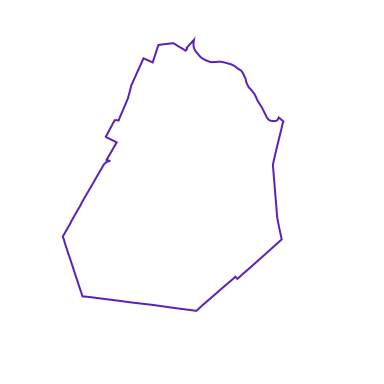 the district of Periam, Timis, Romania, rotated 24°
{"feature_id": "2599482B63950750232627", "entity_name": "Periam", "entity_type": "district", "adm_level": 2, "iso_a3": "ROU", "parent_name": "Romania", "parent_adm1": "Timis", "projection": "albers", "projection_center": [20.876, 46.04], "detail": "fine", "context": "isolated", "style": "outline", "palette": "violet", "viewbox_px": 384, "rotation_deg": 24, "n_neighbors": 0, "source": "geoboundaries", "source_scale": "gbopen_adm2", "svg_char_len": 2625}
<svg xmlns="http://www.w3.org/2000/svg" viewBox="0 0 384 384"><g transform="rotate(24 192 192)"><path d="M134.4,331.9L139.9,330.0L153.6,325.9L166.5,322.0L181.4,317.6L195.2,313.3L200.8,311.5L210.6,308.7L225.1,304.5L238.6,300.5L244.3,298.8L247.6,291.3L252.3,281.3L256.9,271.4L260.7,263.3L265.1,254.1L266.1,251.8L268.8,252.9L271.9,246.0L275.5,238.2L278.7,231.2L283.0,221.7L287.4,211.9L291.4,202.9L293.2,198.8L286.2,189.2L279.9,180.2L275.3,171.6L269.3,160.7L263.9,150.8L260.8,145.2L256.8,137.8L254.8,134.2L252.1,120.6L249.9,108.5L248.1,98.5L247.6,95.9L247.5,95.5L247.2,94.1L246.7,90.3L241.7,88.9L240.9,88.7L240.9,90.7L240.8,91.3L240.5,92.0L240.1,92.6L239.7,92.9L238.7,93.6L236.9,94.3L235.8,94.7L234.9,94.9L233.7,94.9L232.8,94.8L231.9,94.4L230.8,93.8L229.5,93.0L227.8,91.6L225.4,89.6L221.6,86.4L221.0,86.0L218.6,84.5L216.6,83.1L214.8,81.9L213.9,81.3L212.5,79.8L211.4,78.9L209.6,77.4L208.8,76.9L207.5,76.2L206.1,75.5L205.0,74.9L203.2,74.0L201.9,73.6L201.2,73.2L200.5,72.7L199.4,71.8L198.0,70.7L197.4,70.0L196.3,68.8L195.9,68.2L195.1,67.0L194.3,66.2L193.6,65.6L192.6,64.9L191.9,64.2L190.3,62.8L187.6,61.1L182.9,60.5L180.0,59.7L176.2,59.4L174.9,59.6L169.9,60.3L166.5,61.0L164.5,61.5L161.9,63.0L159.9,64.0L157.9,65.0L156.7,65.6L155.7,65.8L154.7,65.8L154.0,65.9L153.5,65.9L151.6,66.1L150.6,66.0L147.4,65.8L146.0,65.5L145.2,65.3L143.9,64.8L138.1,62.0L135.9,60.3L134.2,58.2L132.8,55.5L131.9,52.1L130.0,57.9L128.6,62.4L128.9,62.5L129.1,62.7L129.3,63.0L128.9,64.5L129.0,64.7L128.6,65.5L123.5,64.7L122.9,64.8L122.4,64.8L121.7,64.6L114.5,63.6L105.9,68.6L105.2,69.1L101.5,71.4L103.4,89.6L93.3,89.6L93.2,119.5L93.6,121.3L94.4,126.4L95.4,132.7L95.7,153.0L95.9,156.5L93.4,157.2L92.1,158.0L91.2,170.9L90.8,176.6L91.6,176.8L103.0,177.3L100.9,197.4L104.8,197.0L103.1,197.8L102.4,198.8L101.8,199.4L101.5,199.7L101.5,199.8L100.6,201.7L100.3,202.9L99.0,214.4L98.0,224.5L96.6,237.0L95.6,246.9L95.6,248.9L94.2,261.8L94.1,262.9L94.0,263.8L94.1,264.2L93.9,264.7L93.8,266.5L93.6,268.8L93.7,269.0L93.6,270.6L93.6,270.8L93.5,271.8L93.4,272.6L93.3,273.0L93.3,273.4L93.1,274.9L93.0,276.3L92.8,277.8L92.7,279.3L92.5,280.8L92.4,282.2L92.2,283.7L92.1,285.0L93.1,286.3L94.6,287.9L95.3,288.8L96.4,290.1L97.0,290.8L98.4,292.4L98.5,292.5L99.6,293.7L99.9,294.1L100.6,294.7L102.5,296.9L107.4,302.2L108.1,302.9L108.2,303.1L108.4,303.2L109.5,304.5L110.5,305.6L111.6,306.8L112.7,308.0L113.8,309.2L115.0,310.5L115.2,310.8L119.0,315.0L120.1,316.2L121.2,317.4L122.3,318.6L123.4,319.8L124.4,320.9L126.5,323.2L127.4,324.2L127.5,324.4L128.5,325.4L129.7,326.7L130.8,327.9L131.5,328.6L132.6,329.9L133.7,331.0L134.4,331.9Z" fill="none" stroke="#5b21b6" stroke-width="2"/></g></svg>